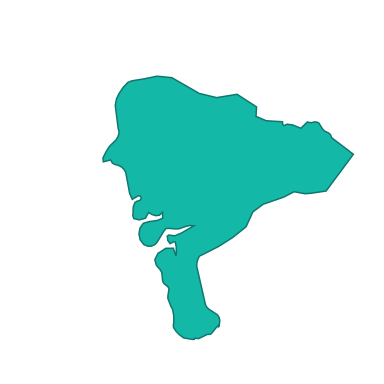 map outline of Boffa (Natural Earth projection), rotated 33°
{"feature_id": "GIN-5628", "entity_name": "Boffa", "entity_type": "Prefecture", "adm_level": 1, "iso_a3": "GIN", "parent_name": "Guinea", "parent_adm1": "", "projection": "natural_earth1", "projection_center": [-14.034, 10.295], "detail": "fine", "context": "isolated", "style": "filled", "palette": "teal", "viewbox_px": 384, "rotation_deg": 33, "n_neighbors": 0, "source": "natural_earth", "source_scale": "10m", "svg_char_len": 2156}
<svg xmlns="http://www.w3.org/2000/svg" viewBox="0 0 384 384"><g transform="rotate(33 192 192)"><path d="M287.8,290.2L286.9,289.3L286.1,293.2L285.6,298.6L285.0,301.3L282.3,303.2L277.5,311.3L274.0,313.0L274.3,314.2L273.3,315.1L264.7,318.8L263.7,318.9L258.6,318.5L254.2,317.4L250.5,315.8L248.9,313.9L247.5,310.7L244.0,305.7L239.9,301.2L236.3,299.2L229.7,294.4L228.4,292.3L225.4,285.6L223.2,284.5L219.1,284.2L217.0,283.5L215.2,281.8L210.4,275.9L206.7,274.1L204.1,273.6L201.5,272.5L197.7,269.0L196.9,261.9L200.7,253.5L207.0,249.3L213.5,254.5L211.7,251.1L208.4,246.3L205.1,243.0L203.7,243.7L201.8,247.3L198.1,245.8L195.3,242.5L196.0,240.7L201.3,238.2L205.4,232.3L212.0,219.3L208.4,221.3L205.9,223.8L201.1,230.0L198.4,231.9L191.7,235.5L190.1,236.8L189.7,240.3L190.1,253.4L189.4,256.6L187.4,259.6L184.2,261.6L180.1,262.3L174.5,260.3L170.3,256.0L168.0,250.5L168.2,244.8L172.2,240.1L178.2,235.0L181.7,229.9L178.3,225.1L177.3,229.3L174.5,231.6L170.7,232.7L166.7,232.9L167.3,239.3L163.0,244.1L157.6,246.0L154.9,243.7L154.1,241.7L152.4,239.3L150.7,236.1L149.9,231.9L150.7,229.9L152.3,228.1L153.2,226.3L152.3,224.2L151.0,223.7L149.6,224.1L148.6,225.0L148.2,226.1L145.9,230.7L140.5,227.2L125.8,211.7L123.2,210.3L119.8,209.4L116.1,209.7L112.7,210.8L109.6,211.2L106.3,209.4L101.2,215.0L98.8,212.0L98.0,205.0L97.9,198.7L99.9,189.5L99.8,185.9L98.7,182.2L97.3,180.4L95.7,179.2L80.5,161.2L77.9,154.9L77.2,148.9L77.3,141.7L78.5,135.1L80.9,131.6L90.0,123.4L99.6,113.9L112.8,107.1L144.4,105.4L161.3,99.4L176.6,85.5L199.8,85.5L204.5,93.7L215.3,91.9L229.6,83.8L231.4,85.9L232.6,86.3L233.5,85.7L234.1,84.3L235.0,83.2L238.2,81.8L239.3,81.1L248.6,79.2L250.6,70.4L252.9,69.7L254.8,68.5L256.4,66.6L258.5,65.4L260.9,65.1L267.3,68.1L269.8,68.7L274.2,68.1L277.0,68.5L279.5,70.4L306.8,72.5L303.9,118.2L292.2,128.5L287.7,131.9L277.5,136.2L271.6,146.5L258.3,163.6L253.9,175.6L256.3,191.8L250.9,208.0L243.9,223.3L234.6,239.4L233.5,240.9L233.2,242.9L233.9,246.5L234.6,248.5L235.6,250.4L236.7,252.0L264.6,279.1L265.8,279.9L267.0,280.5L269.9,281.1L279.5,281.1L281.0,281.4L283.5,282.7L285.5,285.0L287.8,289.7L287.8,290.2L287.8,290.2Z" fill="#14b8a6" stroke="#0f766e" stroke-width="1.5"/></g></svg>